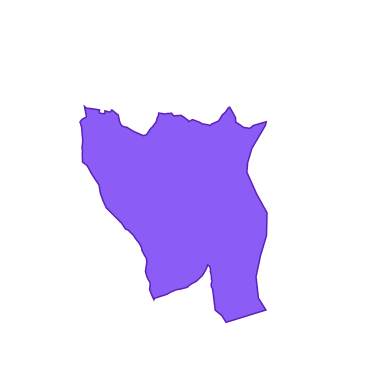 Udenu, Enugu, Nigeria (Mercator projection), rotated 46°
{"feature_id": "59680162B44643250914735", "entity_name": "Udenu", "entity_type": "district", "adm_level": 2, "iso_a3": "NGA", "parent_name": "Nigeria", "parent_adm1": "Enugu", "projection": "mercator", "projection_center": [7.531, 6.881], "detail": "fine", "context": "isolated", "style": "filled", "palette": "violet", "viewbox_px": 384, "rotation_deg": 46, "n_neighbors": 0, "source": "geoboundaries", "source_scale": "gbopen_adm2", "svg_char_len": 2012}
<svg xmlns="http://www.w3.org/2000/svg" viewBox="0 0 384 384"><g transform="rotate(46 192 192)"><path d="M328.2,220.8L314.4,217.9L301.3,207.8L297.6,205.0L285.5,187.2L277.7,173.3L275.1,168.7L259.1,152.5L238.3,146.9L234.7,145.6L215.9,138.8L209.5,131.5L202.2,118.6L196.5,98.0L195.0,92.8L193.0,89.8L186.7,101.8L186.4,106.1L184.4,107.7L181.1,110.2L177.5,110.7L172.2,112.0L168.7,109.0L157.2,105.9L156.7,107.2L157.8,112.5L157.6,116.7L159.4,123.5L156.7,130.9L156.8,132.8L154.9,133.7L150.2,137.2L146.9,138.2L140.3,141.3L139.0,145.5L137.4,145.1L131.8,146.0L129.3,146.6L124.3,152.4L121.2,151.9L119.6,153.9L118.3,155.3L117.5,156.9L115.8,158.2L112.1,161.1L113.9,163.5L114.3,165.0L114.7,165.8L116.7,169.1L117.8,176.2L117.6,176.4L117.8,178.5L119.0,184.1L119.0,185.4L117.7,187.8L107.7,192.0L100.1,193.9L97.4,196.0L94.3,196.4L90.8,195.0L85.4,191.6L77.3,192.6L77.6,195.5L73.1,198.3L74.4,199.5L74.8,200.0L74.7,200.8L74.0,201.3L73.4,201.9L72.2,202.9L70.6,203.6L69.8,203.0L69.3,202.0L68.7,201.5L62.2,206.4L58.8,209.3L58.3,209.7L55.8,209.9L64.3,215.5L64.6,216.3L63.4,220.5L63.8,223.9L66.5,225.3L68.4,226.2L70.0,227.5L73.7,230.5L76.5,232.7L78.7,234.6L80.6,236.5L83.9,240.6L84.8,241.0L87.0,242.9L88.5,244.6L94.5,250.0L98.0,249.4L99.7,249.1L101.7,249.5L109.2,251.6L122.4,254.1L129.3,258.8L136.1,261.9L144.1,264.7L152.1,264.5L165.6,264.3L172.4,265.6L173.7,265.1L174.9,264.4L179.2,264.3L183.0,264.2L184.7,264.7L188.1,265.2L192.0,265.5L196.8,266.9L199.4,268.6L203.6,269.9L205.6,270.4L207.6,270.6L211.0,273.2L212.7,275.3L214.8,278.1L216.8,280.7L221.2,283.1L224.6,284.3L228.3,285.2L232.9,290.4L239.9,293.2L243.0,294.2L242.4,292.8L247.7,282.1L248.4,280.4L249.0,277.5L251.2,271.6L253.7,267.8L256.8,262.5L257.4,261.0L257.2,259.1L257.8,255.9L259.2,250.9L259.3,242.8L258.6,239.8L257.0,234.6L255.3,231.4L257.7,231.1L260.1,232.0L261.8,233.9L266.1,236.5L267.8,238.3L270.0,239.4L271.1,241.5L273.0,243.6L276.1,244.6L277.9,245.9L292.4,256.8L293.0,257.4L301.5,256.4L309.4,258.0L328.2,220.8Z" fill="#8b5cf6" stroke="#5b21b6" stroke-width="1.5"/></g></svg>